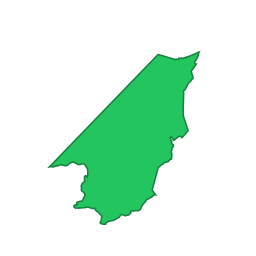 Mâncio Lima, Acre, Brazil, rotated 294°
{"feature_id": "56859067B52831070472146", "entity_name": "Mâncio Lima", "entity_type": "district", "adm_level": 2, "iso_a3": "BRA", "parent_name": "Brazil", "parent_adm1": "Acre", "projection": "mercator", "projection_center": [-73.421, -7.452], "detail": "fine", "context": "isolated", "style": "filled", "palette": "green", "viewbox_px": 256, "rotation_deg": 294, "n_neighbors": 0, "source": "geoboundaries", "source_scale": "gbopen_adm2", "svg_char_len": 4028}
<svg xmlns="http://www.w3.org/2000/svg" viewBox="0 0 256 256"><g transform="rotate(294 128 128)"><path d="M207.4,125.6L191.3,119.7L187.3,118.2L182.3,116.4L164.2,109.8L161.4,108.8L143.4,102.2L98.6,85.9L72.6,76.4L70.8,75.8L60.4,72.0L61.2,73.2L62.0,74.2L61.7,75.2L63.1,76.8L63.6,77.0L64.3,77.5L64.4,78.4L64.7,79.3L66.2,80.4L67.3,82.2L67.8,85.0L68.0,86.1L68.3,86.6L69.1,87.6L69.7,88.1L71.7,89.0L73.1,89.9L74.8,92.2L74.6,93.3L74.5,94.4L74.4,95.9L74.4,97.5L75.2,99.2L76.4,100.6L76.9,101.4L77.2,102.2L77.0,103.6L76.4,104.6L75.5,105.5L75.1,106.5L74.0,107.7L72.3,108.7L69.3,110.1L68.0,110.6L66.6,110.7L67.2,109.7L67.2,108.5L66.3,108.1L65.6,108.1L64.0,108.8L62.8,109.5L61.6,110.1L60.9,109.7L59.4,109.0L57.9,108.7L56.9,108.7L55.9,108.9L53.7,110.2L52.2,110.6L51.7,111.4L50.9,114.2L50.4,115.0L49.8,115.6L49.3,115.8L48.2,116.4L46.0,115.7L44.9,116.0L42.8,115.7L42.2,115.2L41.3,113.7L39.3,111.5L38.6,111.5L37.4,113.0L35.9,110.5L34.8,110.3L34.0,110.7L33.6,111.4L33.4,112.8L34.1,113.5L34.3,114.5L34.8,115.7L36.4,118.5L37.6,120.9L39.4,123.3L39.9,127.9L40.4,129.3L40.8,129.9L41.2,130.1L39.6,132.1L39.1,133.7L39.0,134.9L37.6,138.0L37.3,139.0L36.4,140.2L34.7,140.5L33.1,141.0L32.3,141.1L30.3,140.9L29.6,141.7L29.8,143.0L30.1,144.8L31.0,146.7L32.5,146.6L33.2,146.9L34.9,148.4L36.1,150.0L37.5,152.0L38.3,152.6L39.1,153.6L40.7,154.4L42.5,155.9L43.0,156.3L45.1,156.7L46.3,157.4L46.6,158.0L46.6,160.6L46.8,161.4L47.8,162.5L48.8,164.0L51.4,165.1L51.8,165.0L52.6,164.6L53.3,164.6L53.8,165.1L54.3,166.8L55.4,168.1L56.5,170.8L57.2,171.6L58.3,172.2L59.2,172.5L63.0,172.4L67.3,173.7L68.0,174.0L70.4,174.3L71.8,175.7L73.4,176.7L74.8,177.9L76.1,178.3L77.6,179.1L78.1,180.5L81.1,175.3L99.1,172.5L100.9,172.2L102.8,171.9L104.6,171.8L105.2,172.4L106.1,172.8L106.7,172.8L107.3,173.0L107.7,173.3L108.4,173.9L109.0,174.6L109.5,174.6L110.0,174.5L110.5,174.9L111.0,175.3L111.3,175.7L111.6,176.2L112.2,176.6L112.6,177.1L113.1,177.6L113.4,178.3L113.8,178.5L114.4,178.7L115.4,178.8L116.0,179.1L116.6,179.7L117.0,180.2L117.6,180.3L118.2,180.1L118.7,179.9L119.4,179.7L119.9,179.5L120.3,179.3L120.9,179.0L121.7,178.9L122.2,178.6L122.5,178.1L123.1,177.9L123.5,177.5L124.3,177.0L125.5,177.0L126.2,176.9L126.7,176.6L127.3,176.3L128.0,176.4L128.9,176.8L129.3,177.0L129.8,177.1L130.1,176.6L130.5,176.3L131.2,176.0L131.2,175.4L131.5,174.8L131.8,174.1L132.5,173.6L133.3,173.6L133.9,173.0L134.3,172.3L134.8,172.0L135.2,171.6L135.5,170.9L136.2,170.5L137.1,170.8L137.5,171.2L137.2,171.7L137.0,172.3L136.6,173.0L136.1,173.5L135.6,174.1L135.4,174.6L135.5,175.1L136.0,175.3L136.5,175.5L137.0,175.7L137.7,176.2L138.3,176.5L138.9,176.6L139.4,176.9L140.0,177.2L140.6,177.7L141.0,178.0L141.4,178.3L141.6,178.9L141.6,179.6L141.7,180.2L141.5,180.9L141.1,181.3L150.1,184.0L151.3,182.9L156.3,178.4L159.8,175.3L161.0,174.1L161.4,173.8L161.8,173.5L162.6,173.0L168.8,170.3L174.9,167.8L182.1,164.9L183.6,164.1L184.6,163.7L185.1,164.0L185.8,164.4L186.6,164.5L187.4,164.7L188.3,164.7L188.8,164.7L189.6,164.6L190.4,164.8L191.0,164.8L191.9,164.8L192.6,164.9L193.1,165.1L193.7,165.2L194.4,165.2L195.1,165.6L195.6,165.9L196.4,166.2L196.9,166.4L197.4,166.5L197.8,166.5L198.4,166.5L199.0,166.9L199.4,167.3L200.2,167.0L200.8,166.7L201.2,166.3L202.0,165.7L202.6,165.2L203.1,164.6L203.7,164.2L204.3,163.8L204.7,163.4L205.1,163.0L205.6,162.7L214.2,164.4L214.1,163.8L214.3,163.2L214.5,162.6L215.2,162.0L215.8,161.9L216.3,161.9L216.6,162.4L217.1,162.4L217.6,162.5L218.3,162.5L218.9,162.6L219.6,162.7L220.2,162.7L221.0,162.6L221.8,162.6L222.3,162.7L223.1,162.8L224.1,162.4L225.3,162.0L225.9,162.1L226.4,162.1L225.6,161.3L225.2,161.0L219.9,156.1L217.3,153.5L216.5,152.9L216.0,152.5L216.3,152.1L215.7,151.9L215.3,151.3L214.9,150.7L214.4,150.4L214.1,150.1L213.7,149.6L213.9,149.1L213.5,148.3L213.1,147.8L213.0,147.2L212.7,146.7L212.4,146.0L211.5,146.1L210.8,145.6L210.7,144.9L210.7,144.2L210.3,143.7L209.7,143.2L209.6,142.6L209.6,141.9L209.5,141.2L209.3,140.2L209.3,139.6L209.2,139.1L209.1,138.5L208.9,137.1L208.8,135.8L208.4,132.9L208.0,129.6L207.4,125.6Z" fill="#22c55e" stroke="#15803d" stroke-width="1.5"/></g></svg>